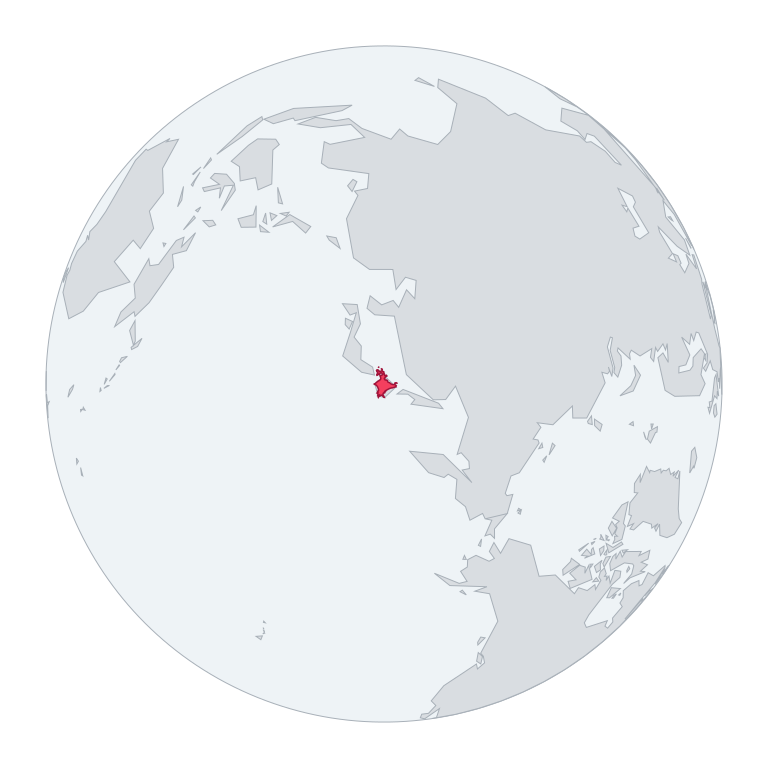 globe centered on Hokkaidō, rotated 112°
{"feature_id": "JPN-1847", "entity_name": "Hokkaidō", "entity_type": "Circuit", "adm_level": 1, "iso_a3": "JPN", "parent_name": "Japan", "parent_adm1": "", "projection": "orthographic", "projection_center": [142.428, 43.461], "detail": "fine", "context": "on_globe", "style": "filled", "palette": "rose", "viewbox_px": 768, "rotation_deg": 112, "n_neighbors": 0, "source": "natural_earth", "source_scale": "10m", "svg_char_len": 16607}
<svg xmlns="http://www.w3.org/2000/svg" viewBox="0 0 768 768"><g transform="rotate(112 384 384)"><circle cx="384" cy="384" r="338" fill="#eef3f6" stroke="#a8b0b8"/><path d="M582.0,628.9L581.9,630.1L581.5,630.5L582.0,628.9ZM676.1,214.1L673.8,210.4L664.1,211.0L679.2,220.9L679.9,225.3L676.0,225.3L672.7,219.4L662.7,215.5L660.1,221.5L641.3,215.5L609.0,193.4L613.2,190.6L604.9,186.3L599.2,189.9L597.4,193.5L561.3,189.6L538.9,207.5L542.1,222.2L533.4,212.6L546.2,247.4L540.6,266.4L540.7,239.6L535.9,233.0L529.0,242.8L522.5,238.2L515.5,240.6L508.4,234.5L509.0,220.2L504.4,216.3L499.8,223.6L489.8,222.7L497.3,212.5L480.6,210.2L478.5,187.6L504.2,168.2L496.9,153.6L507.1,128.9L500.0,127.4L499.4,118.2L491.0,113.3L495.3,110.9L484.9,109.3L482.5,112.5L477.2,113.0L472.0,110.7L476.6,106.9L479.8,107.5L478.5,105.2L483.0,104.5L477.8,103.5L484.0,99.7L470.3,100.1L468.9,94.3L475.0,92.8L484.2,97.3L521.3,107.6L530.4,108.8L533.9,105.2L519.8,88.3L525.8,88.4L526.6,85.2L518.9,82.7L515.4,84.4L501.2,79.7L498.7,83.2L492.6,82.2L486.0,84.7L476.5,79.8L470.7,74.0L475.6,71.9L473.2,69.6L460.0,68.4L460.9,62.4L447.1,55.4L448.5,54.8L466.6,58.1L488.2,65.2L511.7,72.6L485.8,63.6L489.7,63.5L485.9,62.0L479.5,60.0L473.8,58.6L472.9,58.1L498.2,66.0L499.4,66.5L491.4,63.8L501.6,67.5L518.7,74.2L519.3,74.3L540.7,84.6L561.3,96.3L581.1,109.5L599.8,124.0L617.5,139.8L634.1,156.8L649.4,174.9L663.5,194.0L676.1,214.1ZM665.9,408.1L663.1,402.4L667.2,402.4L665.9,408.1ZM659.8,401.4L661.1,402.8L659.7,402.1L659.8,401.4ZM657.7,402.5L659.2,401.7L657.7,403.3L657.7,402.5ZM655.1,404.9L656.4,403.3L656.3,403.8L655.1,404.9ZM650.2,406.5L648.9,406.7L649.9,404.6L650.2,406.5ZM597.7,196.0L599.8,190.6L607.3,189.4L606.3,194.3L597.7,196.0ZM582.4,199.5L581.5,195.2L590.8,199.2L588.4,200.4L582.4,199.5ZM545.8,234.2L548.7,228.7L548.1,235.7L545.8,234.2ZM515.8,242.0L517.0,245.2L512.8,245.2L515.8,242.0ZM491.7,87.4L489.0,86.1L491.6,86.2L491.7,87.4ZM491.5,89.9L496.6,91.0L497.2,92.4L494.1,91.7L491.5,89.9ZM498.2,236.1L491.1,235.5L498.4,233.6L498.2,236.1ZM485.1,88.2L497.7,94.8L498.7,97.4L487.7,96.9L485.1,88.2ZM487.0,233.5L469.9,233.0L471.1,239.7L458.0,221.2L476.9,227.3L485.7,223.7L483.4,229.2L487.0,233.5ZM484.0,114.6L486.3,111.0L489.2,116.3L484.0,114.6ZM487.2,117.9L503.8,134.8L498.0,139.4L493.6,132.6L489.8,140.9L478.8,134.7L478.4,128.8L484.3,126.9L475.6,126.2L487.2,117.9ZM453.4,211.5L449.4,209.5L453.7,208.9L453.4,211.5ZM475.3,113.7L479.2,116.4L474.3,120.6L465.7,115.8L470.0,116.0L475.3,113.7ZM494.2,146.3L489.1,148.8L478.8,144.5L475.4,145.0L478.0,135.0L494.2,146.3ZM468.5,113.8L461.4,113.4L459.0,109.4L471.2,111.3L468.5,113.8ZM476.7,123.7L474.0,125.6L472.7,122.9L476.7,123.7ZM446.4,96.1L451.1,98.8L449.0,101.1L446.4,96.1ZM458.9,113.5L459.8,114.9L459.5,116.3L454.5,115.2L458.9,113.5ZM470.5,132.9L467.3,130.7L468.9,136.7L461.2,134.1L464.4,128.1L459.8,129.6L457.4,128.8L462.6,124.9L470.5,132.9ZM448.5,118.4L449.8,110.5L441.5,104.7L443.1,102.4L456.3,112.3L448.5,118.4ZM456.3,122.5L451.8,119.3L456.2,117.8L461.9,119.0L456.3,122.5ZM454.9,134.6L465.9,140.1L464.8,141.3L454.9,134.6ZM445.2,116.9L445.0,118.9L444.1,116.7L445.2,116.9ZM450.9,129.4L455.0,131.1L453.7,132.3L450.9,129.4ZM441.1,121.6L441.5,119.0L445.4,119.6L441.1,121.6ZM444.9,125.4L442.1,126.8L446.6,121.4L446.9,125.9L444.9,125.4ZM449.0,130.3L449.6,131.6L447.5,129.4L449.0,130.3ZM426.0,121.2L430.6,114.3L439.3,115.5L433.6,122.0L426.0,121.2ZM194.8,104.0L187.3,109.4L181.1,114.0L177.8,116.3L194.8,104.0ZM143.1,147.0L140.2,150.0L140.4,150.7L118.0,178.5L109.5,194.0L123.7,185.3L137.9,159.4L150.0,148.7L146.5,163.8L135.6,188.5L140.0,185.3L155.0,165.4L160.8,167.5L161.2,158.5L154.9,164.7L155.0,159.6L160.7,153.8L162.5,154.5L168.2,146.8L158.0,146.4L150.5,152.7L160.2,137.3L148.6,146.7L148.3,145.1L167.8,128.8L172.2,126.6L201.5,105.6L197.6,106.4L169.8,126.6L174.8,122.0L169.4,124.5L177.5,119.1L208.9,98.0L223.1,87.7L224.7,86.0L267.1,66.9L267.3,66.9L240.5,78.6L244.8,77.6L262.6,71.0L252.9,75.6L256.9,74.7L247.9,79.8L247.5,84.6L240.3,90.2L251.7,90.5L249.6,93.8L243.4,92.4L235.2,95.1L218.7,111.3L218.9,114.0L227.7,113.1L222.1,118.2L232.7,115.5L229.0,125.6L242.5,111.3L253.2,111.3L257.3,117.0L263.3,114.8L256.6,105.5L251.7,104.3L243.7,107.2L232.6,103.2L235.8,98.2L256.6,93.6L263.4,86.4L276.6,87.0L286.5,109.8L284.6,121.0L257.0,139.9L250.7,137.0L257.5,128.5L240.4,136.6L247.0,135.7L242.3,140.4L251.3,142.5L248.4,145.9L262.1,142.4L259.5,146.9L250.9,149.0L262.1,157.1L260.0,167.4L264.0,167.7L268.8,165.0L262.9,180.5L266.0,180.0L269.2,174.8L277.5,170.7L290.0,169.8L287.3,175.1L282.4,176.2L268.1,186.9L255.6,189.5L255.7,191.7L265.9,190.8L283.4,177.6L291.7,175.6L284.2,182.3L287.6,179.7L290.8,180.5L291.5,186.4L300.1,179.4L339.6,183.3L344.8,196.2L333.8,201.1L358.5,212.1L362.5,227.4L365.4,222.3L379.2,225.1L378.2,220.3L380.6,218.1L415.6,225.3L421.7,231.8L440.0,230.6L441.5,228.2L438.1,223.2L458.0,221.2L471.1,239.7L467.1,244.1L478.1,253.3L467.2,262.5L463.4,274.9L445.1,280.7L443.6,290.7L448.2,293.3L449.5,309.4L436.7,335.0L427.2,302.7L442.5,265.6L434.5,279.3L430.4,273.1L423.9,276.3L418.8,286.7L421.9,289.8L383.3,293.2L359.2,316.9L375.3,321.0L380.2,332.4L366.9,366.8L317.2,399.8L323.3,418.5L320.2,428.1L307.4,429.9L311.5,415.8L303.1,406.8L307.4,399.1L288.2,398.4L293.4,387.4L275.9,393.0L277.0,404.1L291.9,408.2L274.5,418.7L283.2,440.4L278.5,459.5L244.8,480.7L218.9,478.8L216.2,483.6L208.9,472.5L194.6,476.9L204.5,516.5L202.7,524.8L181.7,530.2L182.0,523.8L162.6,494.3L155.7,511.8L170.2,539.0L175.1,561.1L162.4,547.3L157.8,527.1L151.1,516.1L155.3,500.2L154.4,469.1L141.7,465.0L145.1,454.8L141.8,423.9L125.0,416.8L96.8,421.4L89.0,445.2L81.0,447.7L80.9,396.9L88.6,369.4L83.8,363.9L87.8,329.3L80.8,295.6L84.1,286.8L81.8,282.9L85.3,266.1L92.0,252.7L92.2,245.8L75.4,281.8L75.7,289.6L82.0,289.2L76.8,299.6L74.0,318.5L61.6,322.4L58.3,295.1L65.2,275.4L100.1,205.9L103.1,202.9L103.5,202.4L104.4,201.2L100.1,204.8L108.6,192.9L82.2,234.3L74.6,248.9L58.1,295.4L57.9,295.7L54.8,308.5L53.6,327.7L52.0,333.2L48.2,346.0L51.9,321.3L57.5,297.0L64.8,273.1L73.8,249.9L84.6,227.4L96.9,205.7L110.9,185.0L126.3,165.4L143.1,147.0ZM116.6,224.0L114.9,240.5L128.5,225.0L129.0,230.3L133.4,223.4L129.5,223.8L142.2,206.7L146.2,211.5L152.9,206.7L153.8,201.1L144.6,195.2L126.3,219.2L121.2,219.0L116.6,224.0ZM488.3,63.0L486.2,62.4L480.3,60.4L484.4,61.6L488.3,63.0ZM446.5,52.4L446.0,51.9L449.2,52.7L454.7,53.7L468.3,57.4L449.9,54.7L455.8,55.0L446.5,52.4ZM481.4,62.5L474.8,59.8L482.7,62.9L481.4,62.5ZM287.4,67.7L280.4,69.8L278.0,68.9L287.2,63.9L290.8,64.8L287.4,67.7ZM271.1,73.1L289.2,71.2L284.2,74.9L283.9,73.0L278.8,75.7L277.0,73.5L254.5,79.8L250.9,79.7L269.9,69.1L265.7,72.3L272.8,69.8L271.1,73.1ZM344.3,66.2L352.0,67.2L331.1,73.7L326.3,72.1L335.1,66.4L346.1,65.0L344.3,66.2ZM463.2,86.9L467.5,88.2L466.2,89.0L461.5,88.7L463.2,86.9ZM448.8,97.1L442.9,82.8L447.6,83.3L438.6,75.2L447.4,73.7L452.9,78.8L452.9,72.0L461.5,76.1L460.1,71.5L471.5,83.2L479.2,87.1L467.3,83.2L459.0,84.3L457.7,86.0L459.8,94.1L472.2,104.0L465.9,107.4L458.2,107.2L454.3,105.3L459.6,103.5L450.6,102.3L455.2,98.4L448.8,97.1ZM371.7,112.5L379.5,109.6L362.1,109.7L366.6,104.5L364.3,104.9L363.8,100.3L359.1,95.6L362.6,93.7L359.3,92.7L358.8,89.9L355.4,88.1L360.5,84.3L356.8,81.9L361.3,81.5L353.5,78.5L361.6,79.1L361.8,76.0L353.8,77.1L389.5,64.4L398.2,59.9L401.0,56.1L414.5,58.5L420.5,64.1L421.0,71.5L410.7,76.0L418.6,76.7L416.1,79.2L410.8,77.6L417.3,81.7L413.8,83.5L414.3,92.3L425.8,97.9L426.3,101.6L420.0,100.3L424.9,105.0L413.3,105.2L413.4,108.0L402.1,111.4L389.9,107.9L390.9,111.3L382.4,114.5L371.7,112.5ZM422.6,121.9L407.0,118.1L401.8,113.6L423.7,109.7L425.2,107.1L439.0,105.2L446.2,112.0L441.6,111.8L438.8,113.3L437.7,110.6L436.5,113.9L430.1,113.9L427.4,116.6L423.1,114.5L422.6,121.9ZM179.9,115.4L176.2,118.4L171.8,122.6L168.3,124.6L179.9,115.4ZM201.2,100.7L198.7,102.7L191.7,106.7L195.6,103.9L201.2,100.7ZM203.4,100.7L199.2,102.5L203.7,99.8L203.4,100.7ZM241.7,94.5L239.8,97.0L237.2,97.7L235.5,96.8L241.7,94.5ZM321.1,114.5L326.4,112.9L327.2,114.1L338.9,114.8L336.4,119.1L328.4,120.4L321.1,114.5ZM122.7,183.1L121.6,181.1L124.5,177.4L124.3,178.8L122.7,183.1ZM143.4,150.1L135.8,159.0L142.5,150.6L143.4,150.1ZM320.3,119.4L325.4,119.1L321.1,121.5L320.3,119.4ZM335.2,122.4L331.1,125.4L337.5,119.8L335.2,122.4ZM251.3,635.0L261.2,639.2L261.0,640.1L251.3,635.0ZM240.9,627.9L251.9,632.1L239.3,629.4L240.9,627.9ZM256.2,633.8L267.4,635.5L272.2,635.4L271.5,637.3L256.2,633.8ZM233.7,625.1L196.0,607.7L181.8,597.4L184.6,595.4L207.7,608.2L233.7,625.1ZM183.5,594.6L162.4,571.1L137.4,518.0L146.3,525.4L173.2,565.2L171.4,567.7L184.1,584.1L183.5,594.6ZM236.6,599.4L234.7,609.1L213.5,599.1L204.1,593.0L197.6,576.1L201.2,570.8L208.7,574.7L240.6,563.0L251.2,573.5L240.8,580.3L249.6,593.4L236.6,599.4ZM89.2,448.7L90.9,469.0L87.0,466.7L89.2,448.7ZM255.6,549.8L241.4,556.3L255.0,545.5L255.6,549.8ZM264.9,537.7L264.7,544.0L260.3,536.3L264.9,537.7ZM213.9,492.0L205.9,489.4L206.6,484.9L217.5,485.7L213.9,492.0ZM274.8,475.5L271.1,488.7L268.2,492.5L266.3,483.1L274.8,475.5ZM306.6,160.8L293.1,154.5L281.8,153.9L272.9,159.3L279.7,149.5L297.1,150.3L306.6,160.8ZM335.8,179.7L343.6,175.7L344.1,179.8L342.4,181.3L335.8,179.7ZM337.7,175.7L339.8,166.6L346.7,165.9L343.7,173.1L337.7,175.7ZM329.4,141.4L325.6,139.0L329.2,137.0L329.4,141.4ZM498.5,701.9L510.3,697.3L516.9,694.7L516.3,694.9L498.5,701.9ZM399.5,721.1L394.3,720.0L410.1,719.4L407.5,720.6L399.5,721.1ZM520.7,693.0L519.8,693.1L527.4,689.1L525.8,687.8L530.2,687.7L541.5,682.6L521.6,692.6L520.7,693.0ZM328.5,706.6L269.7,698.2L255.4,692.5L255.9,690.5L236.5,674.4L240.9,676.3L234.1,666.2L267.0,670.1L289.6,660.1L311.6,666.3L326.0,655.9L349.8,660.7L344.6,670.4L371.6,679.9L384.5,657.8L406.1,683.0L429.1,690.1L441.6,700.7L419.3,716.0L401.8,718.6L396.1,717.9L389.4,718.8L375.7,718.1L363.5,713.8L357.1,714.5L361.2,711.8L352.9,713.8L343.6,710.0L328.5,706.6ZM500.8,671.3L505.6,670.8L514.7,672.1L506.9,673.4L500.8,671.3ZM570.1,638.4L573.3,638.8L567.9,641.5L570.1,638.4ZM581.5,630.5L575.1,634.0L582.0,628.9L581.5,630.5ZM520.3,654.1L523.1,654.9L521.3,655.8L520.3,654.1ZM518.2,654.1L520.3,651.3L520.6,653.6L518.2,654.1ZM493.5,645.6L496.0,643.8L497.4,644.6L493.5,645.6ZM275.9,643.9L289.2,640.4L297.0,641.8L275.9,643.9ZM489.2,643.3L482.6,644.0L483.0,642.5L489.2,643.3ZM489.2,640.0L488.2,638.0L493.0,642.1L489.2,640.0ZM476.0,636.9L484.4,639.7L475.1,637.5L476.0,636.9ZM471.4,637.9L465.5,636.8L465.9,636.1L471.4,637.9ZM410.6,642.8L431.7,655.2L415.8,654.9L397.5,646.8L385.2,653.1L355.9,649.0L362.0,645.3L357.6,637.8L328.7,630.3L322.8,624.4L332.7,623.1L314.3,615.4L334.4,617.2L343.1,628.7L354.6,622.7L375.6,627.3L396.7,632.3L414.6,640.2L410.6,642.8ZM335.4,638.9L339.0,639.5L336.0,641.8L335.4,638.9ZM454.5,632.3L462.9,636.4L462.1,637.6L458.0,637.2L454.5,632.3ZM418.5,638.6L437.4,630.7L442.0,630.8L429.7,639.9L418.5,638.6ZM432.3,625.5L441.5,626.5L446.6,630.9L444.8,632.2L432.3,625.5ZM294.2,621.1L293.6,623.7L288.5,620.2L294.2,621.1ZM300.7,621.1L316.2,627.7L299.4,623.1L300.7,621.1ZM256.1,598.1L260.2,606.2L273.5,606.3L263.4,609.1L272.9,622.7L270.1,625.7L260.5,611.3L258.0,622.1L252.2,619.9L248.5,608.6L254.1,597.9L260.0,594.5L284.2,599.9L256.1,598.1ZM300.4,613.0L296.4,604.1L299.5,599.6L303.8,604.9L300.4,613.0ZM285.5,581.3L276.0,568.5L266.5,569.3L286.5,561.5L292.2,575.1L285.5,581.3ZM278.8,557.2L269.8,557.8L279.7,552.6L278.8,557.2ZM268.0,553.8L268.0,546.4L274.5,549.6L268.0,553.8ZM283.3,558.9L286.4,547.5L289.0,555.6L283.3,558.9ZM267.5,529.6L280.1,546.1L262.2,534.8L265.4,510.9L273.4,513.2L267.5,529.6ZM337.5,444.4L337.8,436.6L346.1,436.9L343.5,442.2L337.5,444.4ZM373.5,432.8L348.4,434.5L328.3,436.4L332.8,441.3L325.1,452.6L320.4,438.6L337.1,428.4L351.7,429.3L357.3,419.3L370.1,414.6L372.6,400.9L379.3,396.2L381.5,409.2L373.5,432.8ZM373.1,395.0L382.1,371.7L396.2,378.3L397.4,384.9L387.3,392.6L380.5,388.6L373.1,395.0ZM388.4,368.2L381.9,364.3L381.4,326.2L384.8,320.1L392.6,351.4L386.9,349.6L384.5,358.1L388.4,368.2ZM448.8,212.6L449.3,209.8L451.7,212.8L448.8,212.6ZM379.7,215.4L383.4,213.0L386.0,216.3L379.7,215.4ZM395.1,208.3L389.6,206.2L396.6,206.2L395.1,208.3ZM377.0,202.3L387.9,204.4L375.8,205.7L377.0,202.3Z" fill="#d9dde1" stroke="#a8b0b8" stroke-width="1"/><path d="M398.2,384.1L398.6,384.2L398.5,384.3L398.4,384.3L398.1,384.5L397.7,384.6L397.6,384.8L397.4,385.2L397.3,385.4L397.3,385.5L397.2,385.5L397.0,385.4L396.8,385.5L396.4,385.5L396.2,385.6L395.7,385.8L395.6,386.0L395.8,386.1L395.7,386.1L395.5,386.3L395.4,386.3L395.1,386.3L395.2,386.5L394.8,386.7L394.7,386.7L394.4,386.5L394.4,386.3L394.2,386.3L394.0,386.5L394.0,386.8L394.2,387.0L393.4,386.9L393.0,386.9L392.9,387.0L392.5,386.9L392.4,386.8L392.3,386.6L392.2,386.6L391.6,386.8L391.0,387.1L390.3,387.6L389.9,388.1L389.2,388.7L389.0,389.0L388.4,389.9L388.0,390.7L387.9,391.0L388.0,391.7L387.9,392.0L387.8,392.4L387.8,392.6L387.7,392.7L387.6,392.9L387.6,393.0L387.3,392.8L387.2,392.7L387.0,392.4L386.3,392.0L385.4,391.7L384.5,391.1L384.1,391.0L383.4,390.5L382.9,389.9L382.4,389.8L382.1,389.6L381.8,389.3L381.3,389.1L381.0,389.0L380.6,389.0L380.2,389.0L379.7,389.3L378.9,389.8L378.7,390.0L378.2,390.3L377.8,390.7L377.8,390.8L377.7,390.8L377.5,390.6L377.4,390.4L377.4,390.1L376.6,389.2L376.4,389.1L376.0,389.2L375.7,389.1L375.4,389.2L375.3,389.3L375.1,389.5L374.8,389.9L374.7,390.2L374.7,390.4L374.6,390.7L374.7,391.0L374.8,391.1L375.2,391.4L375.4,391.5L375.7,391.9L375.8,391.9L376.0,391.8L376.3,391.8L376.5,391.8L376.8,391.9L376.8,392.1L377.0,392.4L377.3,392.7L377.6,393.1L377.8,393.2L378.1,393.3L378.5,393.6L378.6,393.8L378.3,393.9L377.9,394.2L377.7,394.3L377.5,394.2L377.2,394.0L376.9,393.9L376.7,393.9L376.5,394.0L376.4,394.0L376.4,393.9L376.5,393.8L376.5,393.7L376.4,393.6L376.2,393.6L376.0,394.1L375.7,394.2L375.6,394.3L375.3,394.4L375.2,394.6L375.2,395.1L375.2,395.3L374.5,395.5L374.3,395.7L374.3,395.8L374.2,396.0L373.9,395.9L373.7,395.9L373.4,395.7L373.3,395.4L373.2,395.0L373.2,394.9L373.3,394.6L373.4,394.2L373.6,393.9L373.7,393.6L373.8,393.6L373.9,393.4L374.0,393.2L374.0,392.8L374.0,392.7L373.9,392.4L373.6,392.0L373.5,391.8L373.1,391.6L372.9,391.3L372.7,391.2L372.4,390.6L372.5,390.4L372.7,390.1L372.7,389.9L372.8,389.7L372.8,389.4L372.7,389.0L372.8,388.7L373.1,388.5L373.6,388.4L373.9,388.1L374.1,388.1L374.3,387.7L374.5,387.8L374.6,388.0L374.8,388.0L374.8,387.7L375.0,387.6L375.1,387.2L375.5,386.9L375.7,386.7L375.8,386.6L375.7,386.4L375.6,386.1L375.4,385.8L375.1,385.5L375.0,385.4L375.0,385.1L375.1,384.7L375.4,384.7L375.5,384.6L375.6,384.4L376.2,384.9L376.4,385.1L376.5,385.2L376.8,385.3L377.0,385.5L377.5,385.5L377.8,385.3L378.0,385.3L377.9,385.5L378.0,385.6L378.6,385.8L378.8,385.8L379.2,385.5L379.5,385.2L379.7,384.8L379.8,384.6L379.8,384.3L379.7,384.1L379.5,383.8L379.4,383.6L379.6,383.3L379.5,383.0L379.5,382.9L379.4,382.6L379.4,382.2L379.6,382.0L379.7,381.9L379.8,381.8L380.0,381.8L380.2,381.7L380.4,381.5L380.5,381.4L380.7,381.2L380.7,380.9L380.8,380.4L380.7,379.2L380.8,379.0L381.1,378.3L381.3,377.3L381.3,377.0L381.3,376.3L381.2,375.6L381.1,375.2L380.5,373.9L380.5,373.7L380.5,373.4L380.6,373.2L380.8,372.9L380.7,372.5L380.8,372.3L381.0,372.5L381.5,372.4L381.7,372.1L381.8,372.0L381.9,371.9L382.0,371.8L382.2,372.2L382.3,372.2L382.5,372.5L383.0,373.0L384.5,374.8L384.8,375.6L385.0,375.7L385.2,376.1L386.0,377.0L386.3,377.4L386.6,377.5L386.9,377.9L387.3,378.2L387.7,378.5L387.9,378.6L388.0,378.8L388.7,379.3L389.7,379.7L389.4,379.7L389.4,379.9L389.5,380.1L390.4,380.2L390.5,380.1L391.2,380.0L391.4,380.1L391.2,380.3L391.1,380.6L391.3,380.6L391.5,380.4L391.6,380.1L391.8,380.1L391.7,380.3L391.8,380.5L392.0,380.8L392.3,381.0L392.5,381.1L393.1,381.1L393.8,381.2L394.0,381.1L394.7,380.5L395.1,379.9L395.4,379.7L395.6,379.5L395.7,379.4L395.9,379.0L396.2,378.7L396.3,378.6L396.4,378.9L396.4,379.1L396.3,379.4L396.1,379.7L396.1,379.8L396.0,380.1L395.6,380.7L395.5,380.9L395.4,381.3L395.4,381.6L395.3,382.0L395.5,382.5L395.8,382.9L395.9,383.0L396.0,383.3L396.1,383.6L396.3,384.1L396.4,384.3L396.5,384.5L396.3,384.5L396.2,384.5L396.4,384.7L396.4,384.8L396.7,385.0L397.1,385.0L397.3,385.1L397.2,385.0L397.2,384.9L397.5,384.5L397.7,384.4L397.8,384.2L398.1,384.2L398.2,384.1ZM379.4,373.9L379.5,374.0L379.4,374.1L379.2,374.3L378.8,374.1L378.7,374.0L378.6,373.9L378.6,373.6L378.8,373.5L378.9,373.4L379.0,373.5L379.4,373.9ZM371.4,391.0L371.5,391.0L371.4,391.2L371.3,391.4L371.2,391.8L371.0,392.1L370.9,392.1L370.9,391.9L370.9,391.7L370.9,391.2L371.0,391.1L371.4,391.0ZM378.3,372.2L378.4,372.3L378.3,373.0L378.2,373.3L378.2,373.2L378.1,372.8L378.1,372.7L378.1,372.4L378.0,372.1L378.1,372.3L378.3,372.2ZM396.3,383.0L396.5,383.2L396.3,383.3L396.2,383.5L396.2,383.4L396.4,383.2L395.8,382.9L396.3,383.0ZM390.1,379.8L390.3,379.9L390.5,379.9L390.4,379.9L390.2,379.9L389.9,379.8L389.9,379.7L390.0,379.7L390.1,379.8ZM370.5,395.2L370.5,395.3L370.4,395.3L370.4,395.2L370.5,395.2Z" fill="#f43f5e" stroke="#9f1239" stroke-width="1.5"/></g></svg>